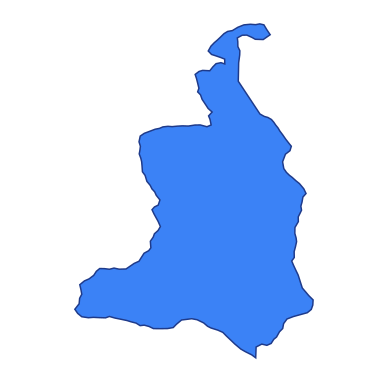 outline of Cariacica, Espírito Santo, Brazil, rotated 89°
{"feature_id": "56859067B75199105050238", "entity_name": "Cariacica", "entity_type": "district", "adm_level": 2, "iso_a3": "BRA", "parent_name": "Brazil", "parent_adm1": "Espírito Santo", "projection": "orthographic", "projection_center": [-40.463, -20.308], "detail": "fine", "context": "isolated", "style": "filled", "palette": "blue", "viewbox_px": 384, "rotation_deg": 89, "n_neighbors": 0, "source": "geoboundaries", "source_scale": "gbopen_adm2", "svg_char_len": 2625}
<svg xmlns="http://www.w3.org/2000/svg" viewBox="0 0 384 384"><g transform="rotate(89 192 192)"><path d="M358.9,131.2L348.1,130.6L345.3,124.9L346.6,119.8L344.8,115.5L340.7,112.8L338.5,110.0L333.3,107.0L330.1,103.7L325.2,102.7L320.6,99.2L318.3,92.8L316.9,87.4L314.7,78.8L311.5,74.8L307.2,73.2L302.0,72.8L297.7,77.0L289.9,83.4L284.3,85.1L276.9,87.3L271.7,89.7L267.2,91.7L262.7,93.5L259.3,90.9L253.4,90.9L248.5,89.5L243.5,88.3L239.8,88.7L235.2,89.9L229.3,89.7L223.5,86.2L218.7,86.2L215.3,84.4L212.1,82.8L208.1,83.4L204.1,82.2L199.0,81.2L195.5,78.0L190.7,80.2L185.5,84.4L182.5,88.0L179.2,91.5L177.0,94.3L174.1,97.2L170.2,99.8L163.4,100.9L155.8,97.9L152.4,93.3L148.0,91.9L145.2,94.1L140.8,97.4L136.3,100.4L132.6,103.1L129.4,104.9L126.6,107.1L123.7,109.0L120.9,111.3L118.8,114.8L117.7,118.4L115.2,122.7L82.1,143.8L69.0,143.3L63.6,143.1L55.8,141.9L51.6,141.7L47.4,143.6L42.5,143.6L38.7,144.0L36.1,139.0L36.1,134.4L38.5,129.3L40.4,126.1L40.6,122.3L40.8,118.1L36.1,111.1L30.8,114.5L26.1,117.2L25.1,121.3L25.8,125.5L25.3,130.7L25.8,137.2L28.1,143.3L31.3,148.8L32.1,153.6L34.2,157.2L38.1,161.3L40.8,164.3L43.1,167.1L46.5,170.5L51.3,173.3L54.8,170.1L56.1,166.3L58.0,161.0L59.7,157.0L64.5,157.0L63.2,160.8L64.1,165.7L67.2,168.9L71.1,172.1L70.6,179.3L71.6,182.9L74.5,186.8L78.7,185.5L83.4,184.4L88.4,183.3L92.0,184.6L95.0,181.8L99.5,180.3L104.5,177.1L108.8,174.4L112.4,170.5L116.2,174.1L119.8,172.7L125.3,171.7L127.0,175.9L125.1,182.6L125.1,187.9L126.0,194.5L125.7,200.3L125.9,205.6L126.3,210.7L125.9,214.9L126.4,220.0L127.8,223.4L128.6,227.8L130.8,233.9L132.5,238.7L135.2,242.8L140.9,244.1L145.4,242.8L149.6,243.4L153.0,244.1L157.3,242.6L160.9,241.8L165.1,241.5L170.9,241.2L174.6,238.6L180.6,236.9L184.6,233.7L188.2,232.0L191.2,229.3L194.7,227.8L199.4,224.2L204.5,226.0L206.3,229.8L209.0,232.3L213.4,230.3L220.8,226.4L226.0,224.2L229.9,226.6L233.1,230.3L236.5,231.6L240.5,234.5L247.1,234.1L249.9,236.3L252.4,241.0L256.9,244.0L260.3,246.2L262.4,251.1L265.3,255.5L267.8,259.3L267.9,266.2L266.7,271.3L267.8,275.9L267.1,280.9L266.9,285.6L269.6,289.0L273.6,291.7L277.1,296.5L279.0,301.1L282.7,305.8L288.0,304.7L292.3,304.0L296.3,306.2L301.8,306.8L307.2,311.2L311.4,308.4L314.8,304.4L315.9,297.8L315.6,292.7L316.0,286.8L316.3,280.6L315.0,276.8L316.7,271.2L318.1,264.8L319.4,259.2L320.7,255.3L322.1,250.2L324.7,246.2L324.3,242.1L325.7,237.3L327.9,232.9L328.1,225.8L328.1,218.8L327.2,213.1L324.0,209.9L319.8,204.7L318.7,194.5L319.8,189.1L323.1,182.6L326.5,178.8L328.3,175.4L330.6,168.5L332.9,163.6L336.5,160.2L342.0,154.6L344.6,152.0L350.0,145.8L352.6,141.4L355.9,135.1L358.9,131.2Z" fill="#3b82f6" stroke="#1e3a8a" stroke-width="1.5"/></g></svg>